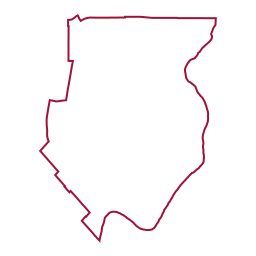 the district of Bassendean, Western Australia, Australia
{"feature_id": "25037944B70302192671386", "entity_name": "Bassendean", "entity_type": "district", "adm_level": 2, "iso_a3": "AUS", "parent_name": "Australia", "parent_adm1": "Western Australia", "projection": "equal_earth", "projection_center": [115.952, -31.906], "detail": "fine", "context": "isolated", "style": "outline", "palette": "rose", "viewbox_px": 256, "rotation_deg": 0, "n_neighbors": 0, "source": "geoboundaries", "source_scale": "gbopen_adm2", "svg_char_len": 5719}
<svg xmlns="http://www.w3.org/2000/svg" viewBox="0 0 256 256"><path d="M76.6,16.0L74.5,17.7L72.4,19.1L71.4,19.6L70.1,19.8L68.1,19.8L68.1,20.3L68.1,26.1L68.6,26.1L68.5,43.4L68.5,49.4L68.5,53.4L68.5,60.9L72.9,61.0L71.8,66.7L70.8,72.7L68.7,84.6L67.7,90.0L67.1,94.1L66.1,100.2L61.1,100.8L60.0,100.9L57.2,101.4L56.5,101.4L55.6,101.4L54.9,101.1L49.8,100.1L48.4,107.7L46.9,116.8L46.7,118.3L46.6,121.4L46.7,125.0L47.1,129.3L47.2,131.4L47.1,133.7L47.1,134.8L47.3,137.0L47.9,139.2L48.7,141.4L40.2,150.9L58.3,171.6L55.2,175.1L65.0,186.2L64.5,186.7L69.4,192.3L70.6,191.0L75.0,195.8L82.2,204.1L86.1,208.4L89.7,212.5L86.0,216.8L85.6,216.5L81.8,220.8L86.9,226.5L93.7,234.1L94.1,234.8L99.5,240.6L99.6,239.8L100.0,238.2L100.3,236.7L100.8,234.5L101.0,234.0L101.1,233.3L101.4,232.4L101.6,231.6L101.6,231.3L101.8,229.3L101.9,228.4L102.0,227.8L102.0,227.5L102.6,225.7L102.9,225.2L103.0,224.9L103.3,224.1L103.8,222.7L104.3,220.8L104.5,219.1L104.7,218.2L104.9,217.9L105.2,217.4L105.3,217.2L105.5,216.9L105.8,216.5L106.6,215.8L106.9,215.4L107.6,214.8L108.3,214.0L108.4,213.8L109.9,212.6L110.5,212.3L111.3,212.0L113.1,211.7L113.6,211.7L114.6,211.8L115.0,211.8L115.6,211.9L115.8,211.9L116.4,211.9L116.6,212.0L116.9,212.1L117.1,212.2L119.2,213.1L119.5,213.1L120.8,213.7L121.0,213.9L121.4,214.2L121.9,214.5L122.4,214.7L123.6,215.3L124.0,215.5L125.5,216.8L126.1,217.1L126.4,217.5L126.8,217.9L127.0,218.0L128.5,218.9L129.1,219.4L130.5,220.3L130.9,220.6L132.0,221.5L132.8,222.1L133.5,222.8L134.6,224.1L134.9,224.3L135.5,224.9L135.6,225.0L135.8,225.3L136.2,225.7L137.8,226.9L138.3,227.3L138.5,227.4L139.3,228.0L140.4,228.6L141.1,228.9L141.8,229.0L142.9,229.4L143.5,229.5L146.1,229.9L147.6,230.0L148.2,230.1L148.8,230.0L150.1,229.9L152.1,229.4L152.5,229.1L153.2,228.6L153.8,228.3L154.2,227.9L154.8,227.2L154.9,226.9L155.0,226.7L155.8,225.8L156.2,225.2L156.3,224.7L156.6,224.4L156.7,224.1L156.9,223.7L157.1,223.5L157.6,222.9L157.7,222.7L157.9,222.5L158.3,221.8L158.4,221.5L158.5,221.3L158.8,220.8L158.9,220.2L159.4,219.4L159.9,218.7L160.2,218.4L160.4,218.1L160.5,218.0L161.0,217.3L161.8,215.8L162.2,214.5L162.3,214.3L162.4,214.1L163.1,212.8L163.2,212.6L163.7,211.7L163.9,211.3L164.0,210.6L164.3,209.8L164.4,209.6L164.8,209.1L165.1,208.8L165.4,208.3L165.6,208.1L166.1,207.4L166.8,206.3L167.3,205.7L167.6,205.2L168.0,204.3L168.7,202.7L168.9,202.5L169.6,201.8L169.8,201.6L170.2,201.0L170.3,200.8L170.4,200.5L170.5,200.2L170.8,199.7L171.5,198.5L171.7,198.3L172.2,197.4L172.6,196.7L172.8,196.2L173.0,195.9L173.3,195.3L173.4,195.1L174.5,193.3L174.7,193.0L175.9,191.3L176.6,190.5L176.7,190.4L177.8,189.2L178.5,188.0L178.6,187.7L178.8,187.5L179.0,187.3L179.1,187.1L180.0,186.1L180.3,185.5L180.7,185.0L183.0,182.5L183.2,182.3L183.6,181.9L183.9,181.5L184.4,181.0L184.6,180.9L184.9,180.5L185.1,180.3L186.0,179.3L186.3,178.9L186.6,178.6L187.0,178.2L187.4,177.8L187.8,177.3L188.1,177.1L188.4,176.6L190.1,174.8L191.3,173.6L191.5,173.4L191.8,173.1L192.0,172.9L192.6,172.8L192.9,172.8L193.3,172.5L193.4,172.4L193.6,172.3L194.0,172.0L194.6,171.6L194.7,171.4L195.0,171.1L195.4,170.8L195.7,170.6L195.8,170.4L196.8,169.5L197.4,169.1L197.7,168.9L198.3,168.5L199.0,167.8L199.5,167.2L200.1,166.4L201.1,165.4L201.6,164.8L202.5,163.8L203.0,163.1L203.2,162.6L203.5,161.7L203.7,161.2L203.7,160.9L203.7,160.3L203.7,160.1L203.9,158.4L203.9,158.1L204.0,157.9L204.0,157.3L203.9,157.0L203.9,156.4L203.9,154.9L203.5,153.7L203.4,152.9L203.4,151.6L203.4,149.9L203.4,149.6L203.3,149.2L203.3,148.9L203.2,148.4L203.1,147.9L203.1,147.3L203.1,147.0L203.0,146.5L203.0,145.6L203.1,145.3L203.1,145.0L203.3,144.4L203.3,144.2L203.4,143.9L203.4,143.6L203.4,143.2L203.4,142.8L203.1,140.5L202.9,139.5L202.7,138.7L202.7,136.9L202.9,135.4L203.1,134.5L203.4,133.5L203.5,132.8L203.7,132.4L203.9,131.7L204.2,130.7L204.3,130.2L204.5,129.7L205.2,128.1L205.3,127.9L205.6,127.3L205.7,127.1L206.4,125.7L207.6,122.2L207.9,121.3L207.9,121.1L207.9,120.2L208.0,119.9L208.1,119.3L208.1,117.7L208.0,116.3L208.0,115.9L208.1,115.0L208.1,113.9L208.1,113.3L207.9,111.8L207.8,111.6L207.7,111.0L207.5,110.4L207.4,110.1L207.0,108.8L206.9,108.5L206.3,106.1L205.9,105.2L205.8,104.9L205.6,104.3L205.4,103.9L205.4,103.6L205.1,103.0L205.1,102.8L204.9,102.2L204.3,101.0L203.7,100.0L203.5,99.5L203.4,99.2L202.9,98.4L201.8,97.1L201.3,96.6L200.8,96.2L198.6,93.4L198.4,93.3L198.2,92.9L198.0,92.7L197.1,91.2L195.7,87.3L195.0,86.2L194.8,86.1L194.3,85.6L194.1,85.4L193.0,84.4L192.9,84.3L192.6,84.1L191.9,83.7L190.9,82.8L190.7,82.6L190.5,82.4L189.9,82.1L189.2,81.9L188.8,81.6L188.4,81.3L187.7,80.4L187.4,80.0L186.6,78.7L186.3,78.1L186.3,77.8L186.1,77.0L186.0,76.5L185.9,76.1L185.8,75.7L185.5,73.4L185.4,73.2L185.3,72.3L185.1,71.5L184.9,70.1L184.9,69.8L184.9,69.6L185.3,68.2L185.9,66.6L186.2,66.1L186.5,65.6L186.6,65.1L187.4,63.9L187.5,63.6L188.5,62.3L189.1,61.4L189.4,61.0L190.1,60.3L190.3,60.2L190.5,60.0L191.1,59.6L191.3,59.5L192.6,59.0L192.7,58.9L193.0,58.9L193.8,58.5L194.0,58.5L194.9,58.1L195.2,57.5L195.6,57.0L196.2,56.6L197.0,55.6L197.2,55.3L197.6,54.7L197.8,54.2L198.1,53.0L199.9,51.6L202.3,48.0L203.2,47.3L203.8,46.7L204.3,46.3L204.8,45.8L205.2,45.4L205.3,45.2L206.4,44.3L207.1,43.7L207.6,43.4L208.4,42.6L208.8,42.3L208.9,42.1L209.8,41.2L210.1,40.9L210.5,40.4L211.3,39.3L211.4,39.1L211.5,38.9L211.6,38.5L211.8,38.1L212.0,37.1L212.0,36.1L211.9,35.7L211.6,35.2L211.4,34.9L211.1,34.2L211.2,33.8L211.3,33.5L211.4,33.2L212.0,31.8L212.8,29.5L213.0,28.9L213.1,28.7L213.3,28.4L213.6,27.7L213.9,27.3L214.0,27.0L214.6,26.2L215.5,24.7L215.8,18.2L178.0,18.1L177.5,17.9L152.3,17.9L150.1,17.7L143.8,17.1L140.2,16.8L125.0,16.8L125.0,17.5L115.1,17.6L99.4,17.7L92.1,17.6L91.0,17.5L89.7,17.6L87.2,18.0L84.8,18.7L82.8,19.6L80.8,20.9L79.9,19.7L78.8,17.8L78.9,17.7L78.0,15.8L77.7,15.4L76.6,16.0Z" fill="none" stroke="#9f1239" stroke-width="2"/></svg>